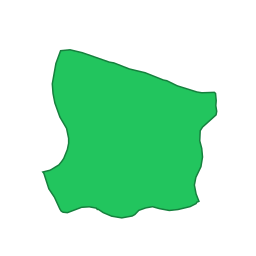 Colotenango, Huehuetenango, Guatemala (Mercator projection), rotated 256°
{"feature_id": "79465075B36067757797746", "entity_name": "Colotenango", "entity_type": "district", "adm_level": 2, "iso_a3": "GTM", "parent_name": "Guatemala", "parent_adm1": "Huehuetenango", "projection": "mercator", "projection_center": [-91.718, 15.443], "detail": "fine", "context": "isolated", "style": "filled", "palette": "green", "viewbox_px": 256, "rotation_deg": 256, "n_neighbors": 0, "source": "geoboundaries", "source_scale": "gbopen_adm2", "svg_char_len": 935}
<svg xmlns="http://www.w3.org/2000/svg" viewBox="0 0 256 256"><g transform="rotate(256 128 128)"><path d="M219.3,81.3L208.1,73.7L189.1,65.2L179.5,63.6L170.0,63.1L155.0,64.6L142.5,68.3L132.4,67.9L127.5,66.7L121.7,63.9L114.0,58.3L111.5,55.5L108.9,52.0L105.9,42.3L105.9,34.7L104.4,35.4L88.1,36.5L78.6,39.9L65.9,42.3L63.5,43.1L62.0,44.6L60.5,48.7L62.3,63.8L60.9,71.4L57.9,77.9L56.4,78.5L56.3,79.5L51.9,83.5L46.4,90.8L42.3,100.2L41.6,110.8L42.4,113.7L45.5,118.6L46.2,125.9L45.7,132.8L42.1,139.1L38.0,148.1L36.8,156.8L36.7,169.3L38.2,175.7L39.4,176.9L39.7,179.1L47.6,178.1L56.6,178.6L63.7,181.9L72.8,189.4L81.8,193.3L90.4,194.6L98.2,194.5L107.9,197.4L110.9,200.6L119.4,216.6L122.7,218.1L128.4,218.6L133.2,220.2L140.4,221.3L141.7,220.4L144.3,208.2L146.3,203.5L157.0,186.0L164.5,177.1L166.0,173.9L177.4,158.1L185.0,143.5L194.6,130.0L196.5,125.7L212.1,101.9L217.9,90.7L219.3,81.3Z" fill="#22c55e" stroke="#15803d" stroke-width="1.5"/></g></svg>